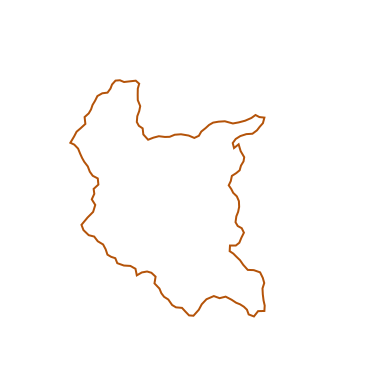 Desterro do Melo, Minas Gerais, Brazil, rotated 44°
{"feature_id": "56859067B10239152985406", "entity_name": "Desterro do Melo", "entity_type": "district", "adm_level": 2, "iso_a3": "BRA", "parent_name": "Brazil", "parent_adm1": "Minas Gerais", "projection": "albers", "projection_center": [-43.519, -21.135], "detail": "fine", "context": "isolated", "style": "outline", "palette": "amber", "viewbox_px": 384, "rotation_deg": 44, "n_neighbors": 0, "source": "geoboundaries", "source_scale": "gbopen_adm2", "svg_char_len": 2094}
<svg xmlns="http://www.w3.org/2000/svg" viewBox="0 0 384 384"><g transform="rotate(44 192 192)"><path d="M58.9,183.3L57.3,188.7L58.9,193.7L60.0,198.5L62.0,202.7L63.1,207.2L62.7,212.7L68.0,217.1L67.6,223.5L67.1,228.8L68.6,233.9L70.3,241.1L74.4,239.7L79.9,239.9L85.1,242.2L89.4,243.9L93.4,245.1L99.3,246.0L104.4,248.4L109.3,249.3L114.8,247.7L119.5,251.7L119.1,258.1L123.0,261.2L125.0,266.9L131.4,268.5L134.7,275.0L134.6,282.9L135.3,292.4L140.4,294.8L147.7,294.8L152.6,292.0L158.4,292.9L164.5,291.5L169.7,293.2L174.7,295.8L178.9,294.8L182.8,292.9L187.7,295.1L194.1,292.2L199.0,288.0L204.7,286.5L210.2,290.3L211.8,284.7L214.9,280.4L218.9,278.3L224.6,278.2L228.5,283.8L235.7,284.1L240.3,286.1L244.7,286.8L249.6,285.8L256.2,287.1L260.6,286.1L265.3,282.3L270.5,282.6L275.6,282.8L279.0,280.0L278.7,272.0L277.0,266.0L276.9,259.1L280.0,251.7L285.6,249.2L288.9,243.9L295.3,242.0L300.7,241.0L304.6,239.4L309.0,238.5L313.3,238.5L317.8,240.7L323.0,238.5L322.3,231.8L326.7,227.3L323.2,223.2L318.8,220.3L314.1,216.5L309.7,212.4L307.2,207.3L302.6,204.6L296.8,202.5L290.7,205.3L286.2,209.3L279.4,208.8L273.9,207.7L268.8,207.7L264.5,207.6L260.2,208.4L256.5,204.1L260.7,200.1L261.3,195.6L259.3,190.6L257.6,185.2L252.9,183.5L248.5,184.7L244.3,183.5L240.8,178.7L239.0,174.3L236.3,170.0L232.1,166.0L227.3,164.0L222.2,164.0L218.2,162.6L213.8,161.7L212.3,157.2L209.5,152.7L210.7,147.7L211.2,143.3L208.9,139.0L207.8,134.2L205.4,130.7L198.6,128.8L192.4,125.3L191.7,131.2L187.3,128.5L186.6,123.5L187.9,118.2L190.9,112.6L195.0,108.1L195.9,102.5L195.4,98.0L195.2,93.2L192.4,88.2L188.4,91.3L184.2,92.5L183.3,97.5L180.7,103.8L177.3,109.4L173.8,114.3L166.5,118.3L162.3,122.9L159.0,127.4L157.7,131.9L157.4,136.6L156.7,142.1L157.9,146.8L156.1,151.5L150.4,153.7L144.0,158.1L139.8,162.8L137.6,167.8L134.3,171.2L129.4,174.9L126.5,179.7L124.1,184.9L117.0,184.4L112.3,180.5L107.8,181.3L103.7,180.0L100.0,175.5L97.8,170.4L95.1,166.2L89.2,163.6L85.4,159.8L81.2,155.3L78.8,150.8L74.2,151.0L70.4,155.6L66.7,160.1L62.5,161.7L59.6,165.0L59.8,170.2L61.5,174.2L62.2,179.2L58.9,183.3Z" fill="none" stroke="#b45309" stroke-width="2"/></g></svg>